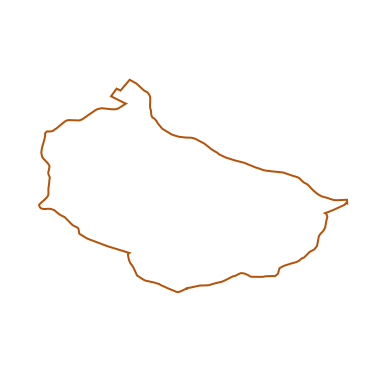 the district of Wormerland, Noord-Holland, Netherlands, rotated 9°
{"feature_id": "6326949B48566307694504", "entity_name": "Wormerland", "entity_type": "district", "adm_level": 2, "iso_a3": "NLD", "parent_name": "Netherlands", "parent_adm1": "Noord-Holland", "projection": "natural_earth1", "projection_center": [4.861, 52.506], "detail": "fine", "context": "isolated", "style": "outline", "palette": "amber", "viewbox_px": 384, "rotation_deg": 9, "n_neighbors": 0, "source": "geoboundaries", "source_scale": "gbopen_adm2", "svg_char_len": 5862}
<svg xmlns="http://www.w3.org/2000/svg" viewBox="0 0 384 384"><g transform="rotate(9 192 192)"><path d="M39.4,154.8L38.5,155.7L38.1,156.4L37.8,157.1L37.8,157.8L37.9,158.6L38.1,159.2L38.2,160.0L38.2,160.3L38.1,161.1L37.8,164.9L37.7,165.5L37.6,166.3L37.2,169.4L37.0,171.2L36.9,173.8L37.0,176.5L37.1,177.0L38.0,179.5L38.5,180.6L39.2,181.5L40.6,182.8L41.8,183.6L43.8,185.2L45.0,186.1L46.8,188.1L47.3,189.1L47.3,189.5L47.2,190.4L47.3,190.8L47.2,191.6L47.2,192.7L47.0,194.0L47.0,194.7L47.0,195.6L47.1,196.0L47.2,196.4L47.6,197.2L48.0,197.9L48.7,198.9L49.1,199.5L49.3,200.0L49.3,200.4L49.3,201.1L49.3,203.2L49.5,205.4L49.6,207.9L49.6,209.3L49.6,210.3L49.7,211.4L49.8,212.1L49.9,212.9L50.3,215.2L50.5,216.5L50.5,216.9L50.5,217.4L50.4,217.9L50.1,218.8L49.6,219.7L49.4,220.1L47.2,223.2L44.7,226.1L43.9,227.2L43.2,228.1L43.1,228.3L43.1,228.5L43.1,228.8L43.1,229.0L43.2,229.3L43.4,229.8L43.6,230.1L44.1,230.7L44.4,231.0L44.9,231.5L45.3,231.6L45.9,231.8L46.2,231.9L46.6,231.9L47.4,232.0L48.1,232.0L50.1,231.7L50.3,231.6L52.9,231.0L53.6,230.9L55.5,230.9L57.5,231.2L58.5,231.4L58.9,231.6L59.6,231.9L60.3,232.4L61.8,233.3L63.0,234.0L64.2,234.6L65.2,235.1L66.2,235.5L69.6,236.6L70.1,236.7L79.1,243.3L81.0,244.0L83.3,244.7L84.6,245.2L85.2,245.6L85.5,246.0L85.8,246.4L85.9,247.0L86.3,248.1L87.2,250.8L90.4,252.2L90.5,252.1L91.0,252.2L90.9,252.2L92.0,252.8L93.1,253.3L96.2,254.5L96.7,254.6L104.6,256.2L117.1,258.8L118.6,259.0L134.8,261.3L139.7,262.0L139.0,262.7L138.5,263.5L138.5,263.9L138.9,265.2L140.2,268.5L140.7,269.5L141.6,271.1L142.1,271.8L144.6,274.2L145.4,275.1L146.4,276.4L147.1,277.5L147.8,278.5L150.3,282.3L150.7,282.8L151.3,283.4L152.2,283.6L155.2,285.1L156.7,285.7L159.0,286.6L159.7,286.8L166.3,287.2L167.4,287.2L169.1,287.4L169.3,287.4L172.1,287.8L174.3,288.1L174.6,288.3L174.9,288.5L175.3,288.7L176.0,288.9L177.1,289.2L177.5,289.3L180.5,290.1L180.8,290.2L181.5,290.4L182.5,290.7L184.5,291.2L185.3,291.4L186.1,291.6L186.7,291.7L188.3,292.1L190.1,292.5L191.8,293.0L192.2,293.0L192.9,293.1L193.5,293.0L195.0,292.6L196.6,291.7L197.1,291.3L198.0,290.8L199.2,289.9L200.5,289.0L200.8,288.8L200.9,288.7L201.1,288.7L201.3,288.7L201.7,288.5L201.8,288.5L202.1,288.4L201.9,287.8L203.7,287.2L206.1,286.4L213.4,283.5L214.6,283.1L219.6,282.2L221.5,281.8L222.7,281.5L223.4,281.3L223.9,281.1L225.1,280.5L226.6,279.7L227.9,279.1L232.4,277.2L234.9,276.2L236.0,275.7L236.8,275.2L239.7,273.2L242.9,270.9L244.3,269.8L244.4,269.7L245.3,269.1L246.7,268.5L247.8,268.1L248.5,267.6L249.9,266.4L251.7,265.3L252.0,265.1L252.2,264.9L252.4,264.7L253.2,264.4L256.0,264.3L257.0,264.4L257.7,264.6L258.7,264.9L260.0,265.2L260.5,265.4L261.0,265.6L263.0,266.4L263.5,266.4L264.1,266.4L267.0,266.0L268.8,265.7L270.8,265.4L271.7,265.3L272.9,265.1L273.7,264.9L274.4,264.8L275.3,264.7L278.0,263.7L278.5,263.6L282.5,262.8L284.8,262.4L286.4,262.2L287.1,262.1L288.0,261.2L289.6,259.4L289.7,259.2L289.8,258.9L290.0,256.2L290.3,254.4L290.4,253.7L290.5,253.4L290.8,253.2L293.8,250.9L294.8,250.3L297.3,249.0L298.4,248.5L299.6,247.9L301.5,246.9L303.9,245.9L305.1,245.3L305.8,245.0L306.2,244.7L307.6,243.8L308.5,243.1L310.4,240.8L310.5,240.7L312.8,239.2L313.1,239.0L313.2,238.8L315.7,235.4L317.1,233.3L317.3,233.0L321.8,229.5L322.0,229.3L323.7,226.1L323.9,225.8L323.9,225.6L323.9,225.4L324.0,223.4L324.2,216.9L324.2,215.8L324.3,215.5L325.5,213.1L325.8,212.7L326.7,211.5L327.7,209.9L328.2,208.7L328.8,207.2L329.0,206.7L329.1,205.9L329.1,202.5L329.3,198.0L329.6,195.5L328.7,193.6L328.5,193.2L328.2,192.9L328.0,192.6L327.6,192.4L326.7,192.1L330.5,190.0L332.0,189.1L336.3,186.4L344.1,181.2L344.6,180.9L345.5,179.4L345.6,179.1L346.0,179.2L346.5,179.2L347.1,179.2L346.3,175.5L344.8,175.7L342.2,176.3L336.1,177.5L334.4,177.7L333.9,177.7L333.1,177.7L332.6,177.6L330.7,177.4L328.8,177.1L326.9,176.7L326.1,176.6L324.4,176.4L321.9,176.2L321.3,176.1L320.7,175.9L319.3,175.5L317.7,174.9L316.8,174.5L315.9,174.1L315.4,173.8L313.2,172.5L311.4,171.4L309.9,170.3L308.6,169.3L307.7,168.5L306.2,167.3L305.4,166.8L305.0,166.6L304.2,166.2L302.1,165.5L301.2,165.2L300.7,164.9L300.3,164.7L298.6,163.6L297.6,162.8L296.1,161.8L295.5,161.4L295.1,161.3L294.2,161.0L293.2,160.8L291.5,160.5L290.0,160.4L287.6,160.0L279.2,158.5L278.7,158.5L267.8,159.1L261.6,159.3L260.6,159.3L259.5,159.2L259.1,159.2L254.9,158.4L253.3,158.1L251.4,157.9L250.5,157.7L240.0,155.2L238.9,155.0L237.4,154.8L229.5,154.1L220.0,152.7L219.6,152.6L218.8,152.3L215.3,151.3L213.2,150.6L212.8,150.5L211.2,149.5L209.9,148.9L209.1,148.6L208.0,148.2L206.4,147.5L205.2,147.0L204.8,146.9L204.1,146.5L198.0,143.0L196.9,142.4L196.2,142.1L187.1,139.0L186.3,138.8L184.1,138.6L182.7,138.5L180.4,138.8L177.1,139.2L170.3,139.5L166.7,139.0L164.7,138.7L163.3,138.4L162.8,138.3L154.3,134.8L153.2,134.3L152.9,134.2L152.5,134.0L147.8,129.8L147.5,129.6L145.7,127.3L145.5,127.2L144.5,126.3L143.2,125.3L142.7,125.1L141.7,124.7L141.4,124.6L141.1,124.3L140.9,124.2L140.7,124.0L140.6,123.8L140.2,123.1L139.9,122.4L139.6,121.7L138.7,117.9L138.5,117.4L137.7,116.0L137.5,115.5L137.4,115.0L137.0,113.0L136.5,108.7L136.0,105.5L135.5,104.0L134.2,102.2L133.0,101.1L132.0,100.4L131.0,100.1L129.3,99.5L127.7,98.6L120.5,93.7L112.9,90.9L110.8,94.3L110.7,94.5L105.5,103.0L101.4,101.7L97.1,110.1L101.7,111.6L111.0,114.6L112.5,114.9L112.9,115.0L106.8,120.4L105.9,121.0L105.4,121.4L104.4,121.9L103.8,122.1L102.4,122.5L100.9,122.7L99.5,122.9L92.8,123.2L91.2,123.3L90.6,123.3L89.9,123.4L89.4,123.5L88.8,123.7L86.4,124.6L85.7,125.0L85.2,125.3L84.7,125.5L83.5,126.6L82.0,128.1L80.1,129.8L74.6,135.1L72.6,137.0L72.2,137.3L71.7,137.8L71.4,137.9L71.1,138.0L70.7,138.3L69.6,138.8L68.6,139.1L65.8,139.4L63.4,139.7L59.4,140.2L58.5,140.4L57.5,140.8L57.3,140.8L56.5,141.4L55.8,141.9L53.7,144.1L51.6,146.5L49.7,148.7L48.4,150.1L47.9,150.7L47.3,151.2L47.2,151.2L46.6,151.7L46.5,151.9L45.3,153.1L44.9,153.5L44.4,153.8L43.5,154.1L42.0,154.4L41.5,154.5L40.3,154.8L39.4,154.8Z" fill="none" stroke="#b45309" stroke-width="2"/></g></svg>